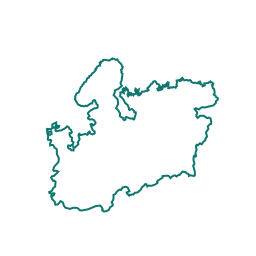 SVG path tracing the border of Madhya Pradesh, rotated 342°
{"feature_id": "IND-3261", "entity_name": "Madhya Pradesh", "entity_type": "State", "adm_level": 1, "iso_a3": "IND", "parent_name": "India", "parent_adm1": "", "projection": "robinson", "projection_center": [78.282, 23.967], "detail": "fine", "context": "isolated", "style": "outline", "palette": "teal", "viewbox_px": 256, "rotation_deg": 342, "n_neighbors": 0, "source": "natural_earth", "source_scale": "10m", "svg_char_len": 5827}
<svg xmlns="http://www.w3.org/2000/svg" viewBox="0 0 256 256"><g transform="rotate(342 128 128)"><path d="M126.1,55.6L131.2,58.1L134.3,57.1L134.6,57.6L135.1,57.3L136.1,58.0L137.6,59.5L139.0,59.4L139.7,62.1L141.4,65.4L141.4,67.7L141.9,68.3L141.0,69.7L139.2,70.7L139.6,72.1L138.9,72.8L138.9,73.5L139.6,74.6L136.5,81.1L135.0,82.4L134.7,83.6L135.2,86.0L130.9,87.8L127.1,88.3L126.2,90.5L124.5,92.2L127.0,97.5L126.1,102.1L122.7,105.5L123.9,107.3L125.0,111.5L123.9,114.2L125.1,115.8L126.6,117.0L126.2,118.3L126.8,119.4L128.2,119.2L129.1,117.1L129.6,116.9L133.2,119.8L135.2,120.2L135.5,121.3L136.5,121.7L140.0,116.6L140.2,115.5L138.8,115.0L139.0,113.8L137.9,111.5L136.9,111.0L135.0,111.4L134.6,110.7L135.0,109.0L134.7,105.9L133.1,103.6L132.4,99.4L131.4,96.8L130.2,95.3L131.6,92.9L131.6,91.9L133.1,91.9L134.8,93.5L135.2,91.5L134.6,90.6L134.7,89.7L135.9,89.0L136.3,91.4L137.1,91.6L137.4,91.3L137.5,89.6L138.3,88.7L138.9,89.5L138.7,91.1L139.6,91.1L139.7,91.5L139.2,94.5L137.8,96.2L138.0,97.8L140.3,96.2L140.6,95.1L141.6,95.7L140.9,96.8L141.1,97.8L143.0,97.2L143.3,98.5L144.3,97.6L146.6,98.0L146.9,97.4L146.2,94.7L147.3,93.0L147.6,93.4L146.8,95.1L147.3,96.0L148.3,95.2L150.1,94.7L147.9,98.4L147.7,99.6L148.1,100.3L149.1,100.3L149.2,98.6L150.0,98.6L150.5,99.5L150.9,99.5L152.5,97.7L154.6,98.4L157.1,98.2L157.9,98.8L159.3,98.2L158.6,96.5L158.9,95.9L160.3,95.6L164.0,93.1L164.8,93.3L166.4,91.7L168.0,91.7L168.8,92.7L169.1,94.9L170.7,96.0L171.2,97.5L168.7,99.9L168.0,99.9L168.0,101.1L168.6,101.8L170.9,101.8L170.9,100.5L171.9,101.7L172.4,101.7L173.2,100.9L172.3,100.3L172.0,99.2L173.9,99.4L174.3,98.3L175.9,100.3L177.6,100.1L177.8,99.5L176.5,98.4L178.9,98.0L179.4,96.9L180.1,96.7L180.6,97.4L178.6,102.6L179.5,102.9L181.5,102.5L182.5,103.3L183.8,103.0L185.8,104.4L186.5,103.5L187.6,103.2L187.4,101.9L188.7,99.9L188.9,97.9L191.4,98.2L191.6,99.3L192.7,99.5L193.8,99.0L192.8,98.0L195.2,97.1L196.1,100.0L198.9,100.5L199.9,101.6L201.8,101.5L202.5,102.6L202.5,103.9L204.3,105.4L205.9,105.7L207.9,106.9L209.7,106.1L209.7,108.0L210.3,108.2L210.9,107.4L211.0,109.3L212.2,109.8L211.9,111.4L214.1,111.3L214.5,109.2L218.1,110.0L220.5,109.1L220.7,110.1L221.9,110.4L222.9,112.4L222.4,113.1L221.4,113.0L221.1,113.4L221.1,116.5L221.8,117.2L221.8,118.9L221.1,121.8L219.9,122.7L221.2,124.3L221.2,125.5L222.6,127.2L222.2,128.7L219.8,129.8L219.3,131.3L216.2,132.9L207.1,132.2L205.5,131.3L204.0,131.2L201.3,132.3L198.5,130.1L197.2,130.5L198.6,134.5L198.0,136.0L197.2,136.5L196.6,138.2L197.4,140.0L200.2,138.6L203.9,139.8L206.2,143.0L207.9,143.0L209.5,144.5L208.9,148.5L208.3,149.8L207.0,149.7L204.3,151.2L204.2,153.6L200.8,156.3L200.5,160.6L198.4,162.0L197.8,163.5L195.6,164.3L193.0,166.3L191.7,164.8L189.0,166.1L188.3,165.2L187.5,165.6L186.6,167.2L186.6,169.9L184.7,172.0L184.3,174.0L183.7,174.4L184.1,175.7L183.5,176.0L182.6,174.8L181.9,175.1L180.4,178.5L180.2,182.2L179.4,183.3L178.4,183.8L178.0,190.5L177.1,193.5L176.0,194.1L172.9,192.3L171.1,192.4L171.5,191.1L171.1,190.3L169.7,189.2L169.1,187.8L166.4,186.3L162.5,188.6L161.6,188.2L159.1,189.1L158.3,187.8L157.2,187.4L155.0,187.7L153.0,188.8L152.3,186.8L151.3,185.7L146.3,184.4L145.9,184.6L145.4,185.9L139.7,187.5L139.0,188.0L139.3,188.9L138.9,189.5L136.4,190.1L132.6,190.3L129.8,189.1L128.3,189.6L128.0,187.1L127.0,186.7L125.8,187.6L123.2,188.5L120.9,190.7L117.1,192.3L114.6,191.7L112.6,192.9L111.2,192.3L109.7,192.6L108.6,191.9L108.1,192.5L106.8,189.8L106.8,188.9L109.8,188.6L109.3,184.6L107.7,183.1L104.6,182.9L102.1,184.8L101.3,184.1L99.9,184.2L98.0,184.9L95.6,186.8L93.4,187.3L92.6,190.3L91.3,192.2L89.5,193.6L89.9,196.0L89.3,197.1L86.5,197.8L84.6,199.9L81.9,200.4L79.3,200.0L78.0,198.5L78.0,198.0L78.8,197.5L78.5,195.3L77.5,193.1L73.1,192.3L65.3,193.0L58.6,192.2L56.9,191.4L55.5,188.9L54.3,188.0L51.1,186.9L47.7,187.0L43.7,184.3L43.0,182.2L43.0,178.6L41.3,176.7L37.8,179.0L35.2,178.5L35.5,175.5L33.9,172.1L33.8,169.2L34.4,168.5L35.5,169.2L36.8,168.9L37.8,167.6L36.8,166.9L34.7,166.8L33.1,165.3L33.3,164.5L35.8,164.5L38.5,162.0L40.6,161.2L42.5,156.7L41.8,155.4L40.4,155.1L39.6,151.3L41.0,150.4L42.9,150.7L48.2,148.0L46.9,146.6L44.3,145.9L43.9,145.0L45.0,143.0L46.3,141.7L51.2,139.0L52.9,135.5L52.3,130.8L53.7,126.1L52.2,124.2L51.6,121.3L50.6,120.6L48.6,120.5L49.4,118.2L51.1,116.3L50.9,115.5L48.4,114.6L48.2,114.1L49.8,110.4L49.5,108.9L49.8,107.6L50.4,109.0L51.9,110.5L53.5,110.1L54.0,107.7L50.9,107.1L50.6,104.0L51.5,104.0L54.4,105.5L55.6,104.7L56.6,104.7L56.5,102.7L57.4,101.1L61.4,100.6L60.8,102.2L61.4,103.8L59.9,103.7L59.8,104.4L60.9,104.9L62.8,104.5L63.2,104.9L62.1,106.0L60.9,106.2L58.5,104.8L59.0,106.6L58.2,107.8L58.6,108.8L64.1,109.6L68.5,108.7L70.6,107.6L72.0,109.2L72.0,110.6L73.2,112.2L73.3,114.6L72.5,115.4L70.9,114.8L70.3,116.6L70.6,118.6L71.8,119.9L70.5,122.9L71.8,124.7L70.1,127.2L69.1,126.6L67.8,127.3L65.8,126.1L64.9,127.5L65.2,129.1L66.8,130.3L67.2,131.7L69.3,132.5L70.0,130.7L70.1,129.3L71.5,130.1L75.7,128.1L76.0,127.2L75.6,126.3L78.5,123.8L78.7,119.4L79.7,118.4L80.1,118.4L80.1,119.4L80.6,120.1L85.8,120.5L87.0,121.9L87.9,121.6L88.5,120.1L90.2,119.4L90.5,119.8L90.1,121.2L90.4,121.6L92.5,123.2L94.6,122.8L95.2,121.4L93.7,118.7L93.4,113.0L94.9,113.0L95.4,114.7L95.9,114.8L98.3,113.7L98.9,112.7L97.9,109.7L96.6,108.6L94.3,108.2L92.9,106.5L93.1,105.8L95.0,104.9L94.3,101.8L94.8,101.1L97.6,99.9L101.9,98.9L104.7,99.4L105.8,98.6L106.2,96.8L105.3,95.1L105.5,94.0L105.0,92.9L105.3,91.8L104.6,91.0L103.6,91.0L102.7,91.6L101.5,93.6L99.7,93.2L95.9,94.5L94.8,93.7L92.7,93.8L91.3,92.8L90.1,92.6L89.1,91.2L88.0,90.6L87.3,88.4L86.4,84.1L87.2,83.5L87.4,81.8L89.9,79.1L92.1,79.0L95.7,74.6L97.5,73.7L98.1,72.8L99.4,72.4L100.3,71.1L102.2,71.0L104.9,68.0L106.6,67.9L107.2,66.7L108.7,66.7L110.9,65.0L113.0,64.4L115.5,62.7L115.2,61.9L116.6,61.4L117.0,60.5L119.4,59.7L120.8,60.0L121.3,57.2L122.4,57.5L122.7,56.5L124.6,56.6L125.3,55.7L126.1,55.6Z" fill="none" stroke="#0f766e" stroke-width="2"/></g></svg>